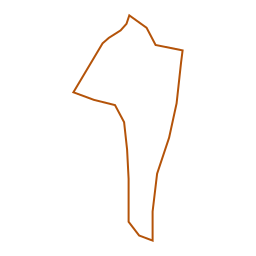 Castries, Robinson projection
{"feature_id": "LCA-5077", "entity_name": "Castries", "entity_type": "Quarter", "adm_level": 1, "iso_a3": "LCA", "parent_name": "Saint Lucia", "parent_adm1": "", "projection": "robinson", "projection_center": [-60.977, 13.961], "detail": "fine", "context": "isolated", "style": "outline", "palette": "amber", "viewbox_px": 256, "rotation_deg": 0, "n_neighbors": 0, "source": "natural_earth", "source_scale": "10m", "svg_char_len": 400}
<svg xmlns="http://www.w3.org/2000/svg" viewBox="0 0 256 256"><path d="M73.4,92.3L102.6,43.3L108.9,37.8L120.6,30.4L126.5,23.8L129.3,15.4L146.6,27.8L155.6,45.0L182.6,50.4L181.1,62.2L176.6,103.3L169.1,137.7L157.1,173.7L152.6,211.5L152.6,240.6L139.1,235.5L128.6,221.8L128.6,196.0L128.6,178.9L127.1,149.7L124.1,122.2L115.0,105.1L94.0,99.9L73.4,92.3Z" fill="none" stroke="#b45309" stroke-width="2"/></svg>